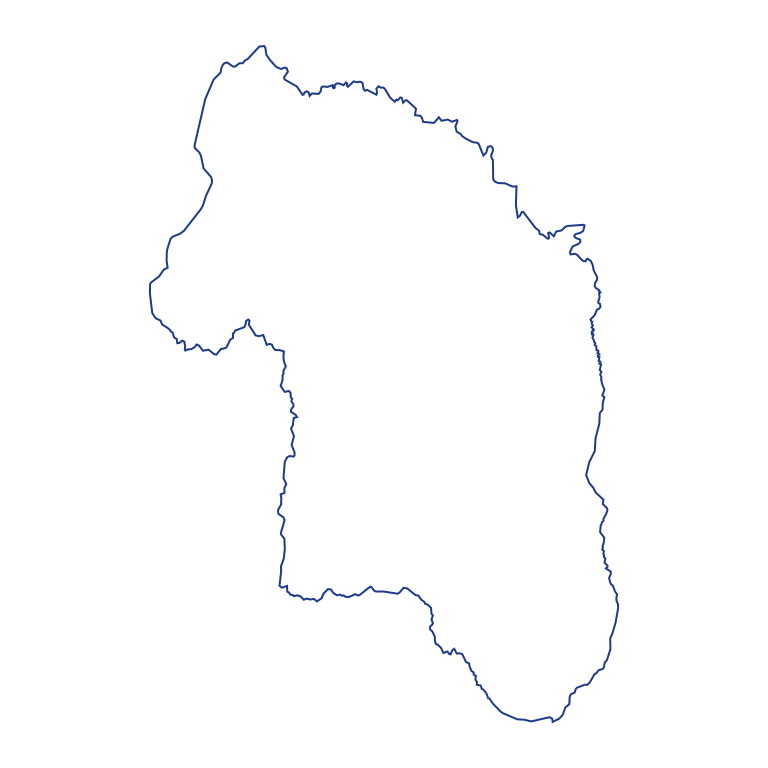 outline of Na Haeo, Loei, Thailand
{"feature_id": "78962969B63665191802101", "entity_name": "Na Haeo", "entity_type": "district", "adm_level": 2, "iso_a3": "THA", "parent_name": "Thailand", "parent_adm1": "Loei", "projection": "equal_earth", "projection_center": [100.996, 17.436], "detail": "fine", "context": "isolated", "style": "outline", "palette": "blue", "viewbox_px": 768, "rotation_deg": 0, "n_neighbors": 0, "source": "geoboundaries", "source_scale": "gbopen_adm2", "svg_char_len": 6058}
<svg xmlns="http://www.w3.org/2000/svg" viewBox="0 0 768 768"><path d="M152.3,313.2L155.7,318.3L160.6,320.6L162.1,324.5L167.0,327.5L170.1,330.0L170.5,331.2L172.6,332.5L174.1,337.5L176.7,338.9L177.3,343.2L179.3,343.0L181.9,340.7L184.4,341.7L185.1,346.6L184.8,349.9L185.4,350.6L187.5,349.5L191.3,349.1L194.6,347.2L196.6,344.5L198.9,345.4L202.9,350.7L208.6,349.7L214.3,354.3L216.4,354.6L220.9,349.0L225.6,348.1L227.2,346.1L230.1,339.8L233.0,337.9L232.9,333.5L234.2,332.6L235.1,330.6L244.2,327.2L245.2,325.6L246.2,320.8L248.3,319.5L249.5,320.7L248.8,324.7L255.6,335.4L259.0,336.2L263.2,335.0L266.7,344.8L269.6,343.9L271.9,344.6L273.1,347.6L275.2,350.0L279.5,350.1L283.9,351.4L283.4,357.1L284.0,361.7L285.8,366.4L283.3,371.1L283.6,373.6L282.6,375.1L282.5,380.5L280.6,385.9L284.7,391.9L288.9,391.0L290.5,392.8L290.8,397.1L292.2,399.0L291.5,400.1L291.5,401.6L293.3,404.0L293.5,406.3L291.2,409.4L290.8,411.7L295.6,414.8L297.1,417.1L293.8,417.9L292.7,425.6L291.0,428.5L294.0,436.1L291.6,445.0L294.6,452.5L294.5,455.5L293.6,456.6L289.7,456.0L287.2,457.3L284.8,461.7L283.5,478.2L286.3,484.2L284.4,487.9L284.5,492.9L280.6,494.3L281.3,497.7L281.1,504.5L278.0,510.1L278.4,513.9L283.2,517.1L284.6,520.0L280.8,533.2L281.1,534.6L284.4,538.7L284.8,549.1L283.8,558.5L281.0,566.3L281.1,571.8L279.5,585.8L282.1,587.7L287.0,585.9L287.3,591.6L289.2,592.7L290.3,594.5L293.5,595.3L293.9,596.2L297.2,595.3L300.7,596.5L303.9,599.8L306.2,598.6L310.3,599.5L313.9,598.9L317.0,601.4L321.7,598.2L323.4,593.7L328.0,589.1L331.0,589.5L333.2,592.9L337.0,595.3L340.0,594.6L341.9,595.8L343.7,595.4L345.0,596.6L348.6,597.1L355.4,594.2L357.9,595.4L359.5,595.1L370.3,586.6L371.3,586.9L374.0,590.6L376.0,591.5L383.4,591.5L397.5,593.7L399.5,592.6L403.6,587.8L407.2,588.4L415.4,595.0L418.4,595.6L421.1,599.5L424.5,602.1L425.3,603.9L427.8,604.7L431.0,607.8L431.5,613.8L432.9,615.5L431.5,619.5L432.9,623.1L432.0,625.0L430.4,626.1L429.8,628.0L430.7,630.2L432.2,631.2L434.8,636.6L434.9,640.4L435.9,644.1L437.6,644.5L441.0,647.8L443.4,653.0L447.5,651.5L449.4,654.2L450.5,654.4L452.4,650.1L454.2,648.8L456.8,653.6L459.5,653.3L462.3,654.2L466.0,662.0L469.1,663.4L469.7,666.8L471.5,671.0L473.7,672.4L473.7,674.7L476.0,675.9L475.4,678.5L475.6,680.1L476.9,681.8L476.9,684.8L480.7,685.5L481.7,688.8L483.5,689.7L486.3,693.2L488.2,698.3L489.4,698.5L492.8,703.5L500.4,711.4L502.9,713.2L517.3,719.3L524.2,719.7L531.3,721.4L549.5,717.2L552.2,718.6L552.7,721.9L559.1,718.7L562.6,715.0L565.4,707.4L569.3,704.2L569.7,696.8L570.9,694.2L574.7,692.5L575.7,689.1L577.0,687.7L584.8,684.7L587.1,684.9L589.7,682.6L594.6,674.0L596.4,673.2L598.5,670.3L602.9,668.9L603.9,667.0L604.7,662.5L606.9,660.3L610.4,649.2L610.2,638.5L612.5,633.1L615.6,622.6L618.1,608.2L618.0,604.3L616.6,601.1L616.3,598.3L617.1,594.1L615.1,591.7L612.9,585.7L611.0,584.2L609.9,581.5L609.1,578.0L610.7,574.1L610.8,571.7L605.9,568.4L607.5,566.8L607.6,565.8L604.5,562.6L605.4,558.6L604.0,557.1L604.0,555.1L603.4,554.0L603.9,551.0L602.2,549.6L602.9,548.1L602.6,546.1L603.8,542.5L604.3,537.8L600.1,532.1L600.6,526.1L602.1,522.1L603.4,520.9L603.5,518.7L606.3,513.7L607.4,510.0L607.1,508.3L602.8,503.9L603.4,499.7L595.7,492.5L593.3,487.7L589.5,483.4L586.1,475.1L589.3,462.1L594.8,451.0L595.5,438.5L599.3,423.7L599.8,413.0L602.5,409.8L602.8,402.8L604.4,397.2L602.3,395.5L604.4,389.9L602.0,383.5L601.1,379.2L601.5,377.6L600.2,374.6L601.4,371.8L599.8,370.1L601.0,364.3L599.4,363.6L600.4,362.5L600.3,361.5L598.7,361.0L599.4,356.9L598.2,357.0L597.7,355.9L599.3,354.2L597.5,353.1L598.4,352.0L598.2,350.6L596.6,350.3L596.2,346.2L594.7,345.0L595.3,343.2L594.3,342.4L594.1,340.7L592.4,337.6L593.5,335.1L592.9,333.6L591.9,334.1L591.8,331.6L593.5,330.6L593.0,329.8L593.6,329.3L591.6,327.3L592.9,325.5L591.6,323.6L592.3,321.8L591.2,321.1L590.5,319.5L594.8,315.0L596.9,309.7L599.1,308.7L600.5,306.8L600.0,303.9L598.5,303.2L598.2,302.1L599.6,297.0L599.0,293.4L600.4,292.4L598.9,291.4L599.4,290.4L595.5,287.7L594.7,285.9L594.9,283.5L597.0,279.9L597.2,277.2L593.7,270.3L592.5,264.4L590.7,260.9L587.7,258.8L586.6,259.1L585.5,261.3L583.6,261.1L581.8,260.0L577.1,254.7L574.9,253.8L570.6,254.4L569.9,252.2L572.6,246.5L579.0,243.6L580.4,241.9L580.2,239.7L575.3,237.7L574.4,236.5L574.4,235.5L575.7,234.1L580.6,232.8L583.3,230.7L584.6,225.4L583.4,224.8L567.5,226.0L565.1,227.0L561.4,230.5L556.2,231.5L553.8,236.3L549.7,232.4L548.2,233.0L549.1,237.6L548.8,238.4L547.6,238.7L543.0,234.9L539.8,234.0L539.0,230.6L535.6,228.1L523.2,211.9L521.8,212.0L519.9,215.8L517.8,217.4L515.9,205.4L516.5,186.3L512.7,186.6L505.0,183.3L498.4,183.1L494.6,181.5L493.2,179.3L492.9,160.1L491.7,158.2L491.1,155.4L492.8,151.2L492.9,148.8L492.1,147.2L490.8,146.1L487.9,146.9L486.3,152.5L483.4,155.5L478.6,143.7L477.0,142.7L472.5,142.1L465.4,138.4L461.8,135.8L461.0,134.3L456.6,131.6L455.4,126.4L457.5,121.3L457.1,120.0L451.9,121.7L447.8,119.6L441.6,120.8L438.9,117.3L433.9,122.9L423.2,121.9L421.8,117.6L420.4,115.8L415.0,115.2L416.0,108.7L406.9,100.3L405.5,100.3L403.1,102.7L401.8,97.9L400.3,97.4L397.7,100.3L396.4,99.6L394.8,101.7L390.4,98.0L384.8,88.8L383.4,87.6L380.6,87.6L378.5,86.3L376.4,88.7L377.1,92.8L376.4,94.7L366.9,89.8L365.1,90.8L363.6,89.1L362.5,82.9L360.1,81.7L356.8,82.2L353.7,81.4L347.9,86.8L347.1,86.0L347.0,83.2L345.9,82.5L343.6,85.2L338.9,83.4L336.7,83.5L334.6,85.2L334.8,87.6L334.0,88.2L333.0,87.8L332.5,85.2L327.5,86.9L322.6,86.5L321.4,87.4L320.6,91.5L318.7,93.9L311.8,93.5L309.7,95.9L308.6,92.4L306.8,91.3L304.5,92.5L303.6,94.6L302.6,94.9L296.9,86.5L285.1,79.8L284.2,78.6L284.3,76.9L287.9,71.7L286.6,68.1L284.8,67.5L281.0,69.0L276.2,66.9L270.3,60.4L266.4,54.8L265.3,47.7L264.2,46.1L259.4,46.5L247.7,59.0L245.3,60.2L242.7,63.2L239.4,63.3L235.1,66.6L232.9,66.5L227.1,62.4L224.1,63.4L222.6,65.2L221.4,68.2L220.5,72.7L213.7,79.4L205.2,99.2L194.5,145.7L194.9,148.0L199.4,152.6L200.9,155.6L203.6,168.5L211.2,177.1L212.0,180.3L211.8,183.4L206.0,195.8L202.9,205.5L200.9,209.1L183.9,230.9L179.9,233.8L172.6,236.7L170.5,239.0L167.3,249.1L166.8,252.4L166.6,260.6L167.6,267.8L163.8,269.6L159.1,276.4L150.8,282.7L150.1,284.1L149.9,293.4L152.3,313.2Z" fill="none" stroke="#1e3a8a" stroke-width="2"/></svg>